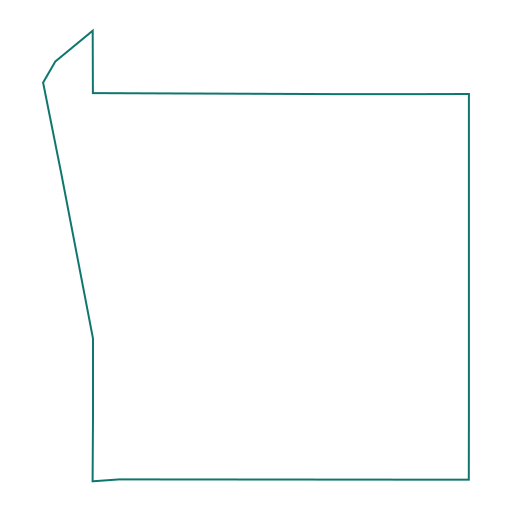 Scott, Mississippi, United States of America
{"feature_id": "52423323B58767742506518", "entity_name": "Scott", "entity_type": "district", "adm_level": 2, "iso_a3": "USA", "parent_name": "United States of America", "parent_adm1": "Mississippi", "projection": "mercator", "projection_center": [-89.587, 32.428], "detail": "fine", "context": "isolated", "style": "outline", "palette": "teal", "viewbox_px": 512, "rotation_deg": 0, "n_neighbors": 0, "source": "geoboundaries", "source_scale": "gbopen_adm2", "svg_char_len": 291}
<svg xmlns="http://www.w3.org/2000/svg" viewBox="0 0 512 512"><path d="M468.9,94.0L426.6,94.1L331.0,94.1L92.9,93.1L92.7,30.7L55.3,61.5L43.1,82.6L61.3,173.7L93.0,338.6L93.0,415.6L92.6,481.3L119.2,479.4L468.8,479.7L468.9,415.8L468.9,94.0Z" fill="none" stroke="#0f766e" stroke-width="2"/></svg>